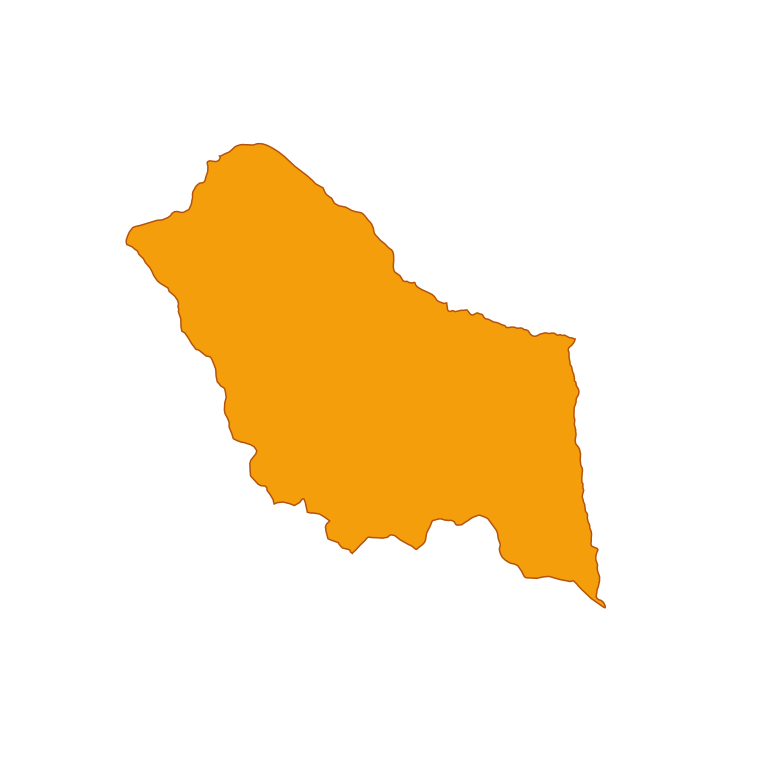 outline of Korphu, Tongsa, Bhutan, rotated 25°
{"feature_id": "84629894B58410761625070", "entity_name": "Korphu", "entity_type": "district", "adm_level": 2, "iso_a3": "BTN", "parent_name": "Bhutan", "parent_adm1": "Tongsa", "projection": "robinson", "projection_center": [90.525, 27.213], "detail": "fine", "context": "isolated", "style": "filled", "palette": "amber", "viewbox_px": 768, "rotation_deg": 25, "n_neighbors": 0, "source": "geoboundaries", "source_scale": "gbopen_adm2", "svg_char_len": 6159}
<svg xmlns="http://www.w3.org/2000/svg" viewBox="0 0 768 768"><g transform="rotate(25 384 384)"><path d="M90.5,364.5L91.9,366.3L97.6,366.1L101.4,367.2L104.2,367.6L107.3,370.2L113.0,372.1L116.5,374.8L122.9,377.7L125.8,379.8L129.7,383.2L134.9,386.2L138.8,387.3L147.7,388.3L150.3,391.0L152.4,391.4L157.5,392.9L161.8,395.6L163.9,398.2L164.5,400.9L166.3,402.9L167.1,405.4L172.4,410.9L175.7,417.7L178.4,421.5L181.9,421.9L187.9,425.4L192.2,428.5L198.8,432.0L202.2,431.6L211.0,433.8L213.4,433.1L215.6,433.1L218.0,434.7L224.8,441.2L226.2,443.4L228.5,447.8L232.0,452.5L234.8,453.7L236.8,454.8L239.5,455.0L241.5,455.5L243.8,458.5L246.6,462.7L247.7,468.5L250.3,475.0L252.5,478.1L256.7,481.2L259.9,484.2L261.9,488.6L267.0,493.3L270.5,497.2L274.3,497.4L278.7,497.1L282.2,496.2L288.9,495.4L292.9,495.8L296.9,498.2L297.4,501.3L295.5,509.2L296.0,512.7L298.8,518.2L301.9,523.7L312.2,528.0L315.4,528.2L319.4,526.7L321.7,527.6L322.9,529.8L328.0,532.6L332.3,535.6L335.1,539.2L337.6,536.5L342.5,533.6L349.1,532.3L354.2,532.0L357.6,527.0L358.6,522.6L360.2,522.1L362.8,524.7L368.7,532.6L372.1,531.9L374.5,530.8L380.3,529.1L386.3,529.7L392.7,531.0L391.1,535.2L391.3,538.2L393.7,542.0L398.6,547.9L401.2,547.9L409.6,547.1L411.2,548.3L415.4,550.2L422.2,548.9L423.7,549.3L424.8,550.5L426.9,550.9L427.1,549.7L428.4,546.8L430.6,539.8L432.9,533.9L433.7,530.8L434.2,529.8L435.0,529.2L437.9,528.3L442.6,526.3L447.4,524.5L448.2,524.0L451.6,521.7L452.3,520.9L453.0,518.9L453.7,518.1L454.6,517.6L457.5,516.9L458.6,517.0L464.5,518.4L473.6,519.1L477.6,519.1L482.7,520.4L483.4,520.1L484.3,518.0L486.7,513.4L487.4,511.4L487.7,509.2L487.4,507.2L485.9,502.1L485.7,501.0L485.7,497.9L485.9,493.6L485.6,488.3L485.8,487.3L490.5,483.3L491.4,482.7L493.3,482.0L496.3,481.7L497.3,481.4L498.2,481.0L500.2,480.4L501.9,479.4L502.9,479.1L503.9,479.0L505.9,479.2L508.5,481.0L509.5,481.1L512.2,479.8L513.9,478.6L514.5,477.7L515.5,475.9L518.3,471.5L519.8,468.7L521.1,467.1L524.7,463.4L525.5,462.7L526.5,462.4L532.5,462.0L534.6,462.1L535.5,462.4L547.2,468.8L548.8,470.1L550.2,471.7L553.0,476.0L556.7,479.7L557.3,480.6L557.6,481.5L558.2,484.7L559.3,486.4L561.4,488.8L564.7,491.2L568.6,492.4L572.6,492.9L574.6,492.9L578.6,492.0L581.6,492.1L582.6,492.4L587.9,495.6L591.9,498.8L592.8,499.3L593.8,499.6L595.8,499.1L604.7,495.5L609.6,491.7L614.9,488.6L626.0,486.9L632.9,485.1L635.9,484.5L638.3,482.6L639.3,482.4L643.1,483.7L645.8,485.0L650.6,486.9L658.3,489.4L662.2,490.8L676.1,493.3L678.2,493.5L679.0,493.2L678.4,491.9L677.3,490.8L675.0,489.1L672.4,488.4L669.7,488.7L668.1,488.4L666.2,487.2L664.2,480.7L663.9,479.1L664.0,477.8L663.1,473.8L662.3,470.5L661.6,469.7L661.3,468.4L660.5,467.2L656.7,463.4L654.9,460.5L654.3,458.4L653.7,457.3L650.5,454.1L649.8,452.7L649.0,451.3L648.1,447.3L648.1,444.5L647.7,443.6L647.1,443.1L646.2,443.0L641.5,443.2L640.6,443.0L639.7,442.3L638.9,441.0L638.5,439.4L637.0,436.2L635.7,432.7L634.2,430.2L632.1,428.3L631.1,427.1L630.2,425.2L627.4,422.8L624.9,419.6L623.9,416.9L623.2,415.9L622.3,415.2L620.6,414.3L620.1,413.8L616.6,408.2L614.7,406.6L612.8,404.1L611.5,402.8L610.7,400.5L610.0,396.2L609.5,395.5L608.1,394.0L606.5,390.5L604.8,389.3L603.1,385.8L601.1,380.6L600.4,378.4L599.2,376.5L597.4,375.1L596.4,374.0L593.9,369.9L591.8,364.5L588.9,360.7L587.2,359.3L583.1,357.2L581.7,355.3L581.0,354.2L579.6,349.2L579.0,347.9L577.5,345.7L577.3,344.8L573.5,340.1L572.2,336.3L571.9,335.6L569.7,333.0L568.8,330.7L566.6,325.8L566.3,324.4L565.8,319.5L565.0,317.6L564.3,315.4L564.6,314.4L564.7,311.2L564.0,308.8L563.4,307.7L561.8,306.1L558.9,304.2L557.1,301.3L555.2,300.6L554.2,298.4L552.0,295.2L549.7,293.1L546.4,288.7L544.4,287.8L543.4,285.7L540.6,281.9L538.2,276.9L537.0,276.0L536.6,275.3L536.2,273.8L536.1,273.0L537.8,269.4L538.4,267.1L538.6,264.7L538.2,262.4L537.5,262.6L534.5,262.9L533.1,263.5L532.3,263.6L527.0,263.4L525.1,264.7L522.8,264.8L521.0,266.2L520.3,266.5L518.0,266.1L516.5,266.1L514.4,267.1L511.9,268.7L509.6,269.1L508.2,269.7L504.4,272.8L502.6,275.2L501.5,276.4L500.2,277.1L498.8,277.5L497.3,277.4L495.8,277.0L494.4,276.3L492.5,275.0L491.8,274.8L490.3,274.8L488.1,275.4L485.8,275.1L484.3,275.4L480.9,277.3L478.7,277.3L475.1,278.7L473.3,280.1L471.1,281.0L470.4,280.8L469.0,280.1L468.2,280.1L466.0,280.5L463.0,280.4L460.0,280.7L457.0,281.5L451.7,281.2L450.2,281.4L449.5,281.8L448.0,281.9L446.6,281.4L444.0,279.7L443.3,279.5L441.1,280.0L438.8,280.0L437.7,280.8L435.9,283.4L434.7,284.3L433.9,284.3L432.4,284.1L428.3,281.9L427.6,281.9L425.0,283.6L422.9,284.5L418.0,288.3L415.8,288.4L415.0,288.6L413.4,290.2L412.7,290.5L411.1,290.4L410.5,290.0L410.0,289.4L406.5,284.0L405.4,285.0L404.0,285.7L399.4,286.1L397.9,286.0L396.4,285.6L392.4,283.3L389.5,282.5L384.2,282.4L378.9,282.5L375.1,282.2L372.8,281.8L370.8,280.8L369.2,279.1L368.5,279.1L366.7,280.6L364.5,281.3L363.7,281.4L361.5,281.2L359.9,282.1L358.7,282.4L357.8,282.5L352.7,279.1L346.7,278.0L345.8,277.5L345.0,276.8L343.1,274.3L342.2,272.4L340.8,268.4L339.0,264.6L337.4,261.9L336.0,260.3L334.2,259.3L330.2,258.5L325.5,256.6L320.5,255.5L313.0,252.4L311.3,251.2L308.2,247.0L305.1,244.3L303.3,243.3L300.5,242.2L295.0,239.4L293.5,238.9L291.5,238.5L290.5,238.5L285.6,239.8L281.6,240.4L274.5,239.9L267.6,241.6L262.5,241.1L258.4,238.0L257.5,237.6L255.5,237.5L251.5,236.5L249.0,234.8L245.9,232.0L238.8,231.6L236.8,231.3L233.0,229.7L226.2,227.7L211.3,224.4L197.8,220.0L190.8,218.3L185.8,217.6L179.7,217.1L175.7,217.2L172.7,217.7L170.7,218.3L167.9,219.6L167.1,220.2L164.8,222.4L164.0,222.9L154.5,226.8L152.8,227.9L151.2,229.2L149.7,230.7L148.5,232.4L147.0,236.3L145.6,239.2L142.8,242.3L139.6,246.4L138.6,246.9L139.4,247.5L139.9,248.4L139.9,250.6L139.6,251.5L138.2,253.0L137.3,253.6L131.5,255.5L130.2,257.1L130.2,258.1L130.7,259.0L131.4,259.8L132.6,261.5L134.2,265.4L134.5,266.4L135.1,271.7L135.7,274.8L135.8,275.9L135.5,276.9L135.0,277.8L134.2,278.6L132.4,279.6L131.7,280.3L130.4,283.2L129.9,285.2L129.6,290.5L130.1,292.6L131.9,296.4L132.2,298.3L133.2,301.7L133.4,303.4L133.5,308.0L133.2,308.6L129.5,313.4L127.3,314.3L123.5,315.1L121.3,316.4L119.8,319.0L119.3,321.8L117.9,324.3L113.7,329.0L109.2,331.5L96.4,343.0L91.5,346.9L90.2,348.4L89.0,353.6L89.0,355.7L89.1,358.5L89.6,362.6L90.5,364.5Z" fill="#f59e0b" stroke="#b45309" stroke-width="1.5"/></g></svg>